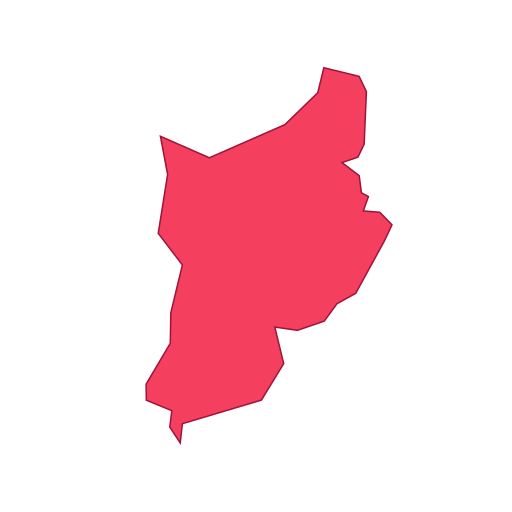 the district of Plasnitsa, Plasnica, North Macedonia, rotated 285°
{"feature_id": "65306769B97994960223658", "entity_name": "Plasnitsa", "entity_type": "district", "adm_level": 2, "iso_a3": "MKD", "parent_name": "North Macedonia", "parent_adm1": "Plasnica", "projection": "equal_earth", "projection_center": [21.111, 41.454], "detail": "fine", "context": "isolated", "style": "filled", "palette": "rose", "viewbox_px": 512, "rotation_deg": 285, "n_neighbors": 0, "source": "geoboundaries", "source_scale": "gbopen_adm2", "svg_char_len": 598}
<svg xmlns="http://www.w3.org/2000/svg" viewBox="0 0 512 512"><g transform="rotate(285 256 256)"><path d="M159.2,310.6L192.2,292.6L194.9,315.2L210.8,338.8L230.9,346.6L245.8,362.0L303.2,376.0L321.3,379.3L330.3,364.2L327.3,348.0L342.5,349.2L344.3,341.5L360.3,334.9L368.5,314.9L377.9,328.9L392.1,331.5L443.4,320.1L456.2,309.1L455.4,272.8L429.7,273.4L390.4,249.9L338.8,185.5L346.9,132.7L311.9,149.5L252.6,155.7L228.3,187.2L179.2,188.4L149.5,195.8L103.8,183.0L88.3,187.4L84.8,214.7L68.4,217.0L55.8,231.2L75.0,228.3L118.2,298.5L159.2,310.6Z" fill="#f43f5e" stroke="#9f1239" stroke-width="1.5"/></g></svg>